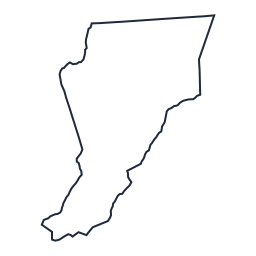 Bezerros, Pernambuco, Brazil (Equal Earth projection)
{"feature_id": "56859067B40256242933504", "entity_name": "Bezerros", "entity_type": "district", "adm_level": 2, "iso_a3": "BRA", "parent_name": "Brazil", "parent_adm1": "Pernambuco", "projection": "equal_earth", "projection_center": [-35.81, -8.245], "detail": "fine", "context": "isolated", "style": "outline", "palette": "slate", "viewbox_px": 256, "rotation_deg": 0, "n_neighbors": 0, "source": "geoboundaries", "source_scale": "gbopen_adm2", "svg_char_len": 1822}
<svg xmlns="http://www.w3.org/2000/svg" viewBox="0 0 256 256"><path d="M52.1,239.6L55.1,240.6L57.7,240.1L59.6,239.5L61.4,238.3L63.6,236.9L65.8,235.5L68.3,234.2L70.7,235.0L72.5,236.6L78.5,232.2L81.5,233.3L86.4,235.1L88.1,232.9L90.7,229.7L92.8,227.2L107.8,221.1L110.1,217.6L111.0,215.1L110.8,210.9L111.7,208.4L112.7,206.4L113.2,203.4L114.9,201.4L116.3,198.6L117.7,195.9L119.8,194.0L122.3,193.8L123.9,191.3L127.0,187.9L129.5,185.5L131.4,182.1L129.5,179.5L128.1,177.1L128.0,173.3L127.2,170.8L139.1,164.7L140.9,163.7L141.8,161.2L143.2,159.4L144.4,156.9L144.9,154.7L146.5,151.8L148.8,150.5L149.8,147.3L150.5,144.7L152.0,143.0L153.3,141.0L154.5,139.1L156.1,137.4L157.6,134.9L159.4,132.5L161.2,131.6L161.7,129.1L162.0,126.5L163.2,124.7L164.7,122.1L166.8,111.3L168.6,109.2L171.3,108.1L174.2,106.0L176.2,105.8L177.8,105.1L180.0,102.7L183.1,100.8L186.1,100.0L188.1,99.5L190.4,99.3L193.2,99.2L195.2,97.8L197.1,95.8L200.2,94.8L199.6,70.1L199.2,64.0L199.0,59.3L214.2,15.4L202.7,16.4L197.0,16.7L183.1,17.6L162.0,19.0L130.2,21.2L128.5,21.3L119.6,21.9L117.5,22.0L100.1,23.1L91.7,23.4L90.6,27.4L88.5,28.9L87.7,32.6L86.8,36.3L86.0,39.5L85.8,42.7L86.7,48.0L85.1,49.8L85.1,52.2L84.5,55.7L83.5,59.4L81.0,62.1L78.9,62.1L76.8,63.7L72.9,64.2L69.9,62.4L67.9,63.8L65.9,65.7L64.1,67.9L62.2,68.5L60.5,71.1L59.6,74.5L61.4,84.5L64.4,91.3L66.0,97.2L66.7,99.4L69.3,107.2L71.8,115.2L79.4,139.2L82.4,149.5L80.6,153.7L78.5,156.3L76.7,158.7L76.8,161.6L78.7,163.1L79.6,166.2L79.9,168.6L81.3,171.1L81.7,174.8L79.9,176.7L78.6,178.7L77.6,180.6L76.0,183.0L73.3,186.1L71.5,188.4L69.8,191.7L68.4,194.8L66.4,197.3L65.1,199.9L63.4,203.2L62.8,205.6L61.9,207.9L61.5,210.3L60.2,212.5L57.7,213.9L55.0,214.3L52.6,215.3L50.4,216.3L48.2,218.3L45.7,219.2L43.7,220.0L42.9,222.1L41.8,224.7L52.0,231.9L52.0,236.5L52.1,239.6Z" fill="none" stroke="#1e293b" stroke-width="2"/></svg>